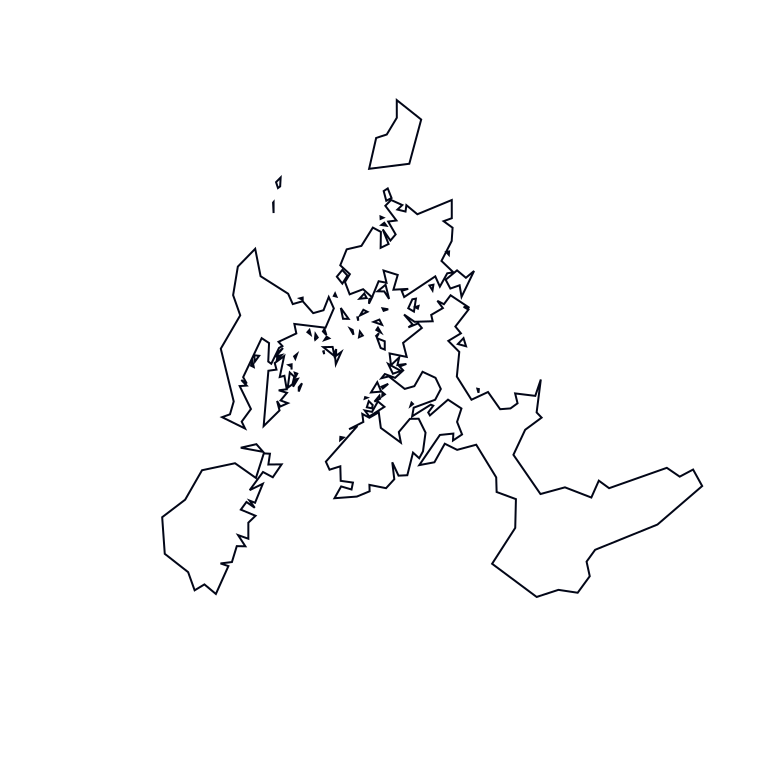 the district of Bocas del Toro, Bocas del Toro, Panama, rotated 250°
{"feature_id": "35544464B73365109430870", "entity_name": "Bocas del Toro", "entity_type": "district", "adm_level": 2, "iso_a3": "PAN", "parent_name": "Panama", "parent_adm1": "Bocas del Toro", "projection": "orthographic", "projection_center": [-82.201, 9.231], "detail": "fine", "context": "isolated", "style": "outline", "palette": "ink", "viewbox_px": 768, "rotation_deg": 250, "n_neighbors": 0, "source": "geoboundaries", "source_scale": "gbopen_adm2", "svg_char_len": 6215}
<svg xmlns="http://www.w3.org/2000/svg" viewBox="0 0 768 768"><g transform="rotate(250 384 384)"><path d="M297.1,430.2L295.4,449.9L257.9,457.5L244.0,452.9L230.7,468.6L203.9,458.1L178.1,424.1L131.7,454.6L130.9,477.5L121.6,494.6L133.0,511.6L147.8,513.6L156.0,525.7L158.4,592.9L179.3,648.1L197.9,645.2L195.8,630.2L208.5,621.1L209.1,559.9L219.7,552.8L206.4,540.0L225.0,518.7L227.1,493.4L273.2,481.4L292.7,501.0L298.5,520.6L305.1,517.7L334.6,532.9L321.1,522.1L330.3,504.0L320.2,502.9L317.8,494.5L320.6,484.5L340.9,479.0L339.3,460.8L366.1,455.0L388.4,465.7L402.5,459.2L405.3,473.6L413.6,470.7L425.0,488.8L429.3,485.2L426.4,490.3L444.6,476.9L438.5,467.6L443.9,462.6L435.2,465.3L432.8,452.0L426.3,451.2L432.0,434.0L442.4,426.6L430.3,431.2L428.9,426.3L429.3,436.8L423.7,438.7L416.1,416.0L401.7,414.6L410.8,399.7L399.3,397.0L403.8,407.4L397.2,403.1L395.2,411.9L395.1,404.6L390.2,406.7L386.0,396.5L393.1,388.2L390.3,383.6L389.5,391.1L372.3,401.8L371.6,411.8L382.3,424.4L372.2,434.5L359.9,435.7L351.7,426.7L351.6,403.8L344.0,399.4L348.6,420.9L346.8,422.9L342.1,415.8L338.8,416.4L347.4,438.8L334.5,448.4L323.4,439.7L309.9,440.1L307.3,429.5L313.7,432.2L317.0,419.1L295.7,389.4L293.2,404.6L307.1,420.7L297.1,430.2ZM334.7,130.0L299.4,119.9L274.2,135.6L254.9,135.5L257.1,146.7L244.2,154.2L266.1,175.5L271.3,169.0L268.7,180.2L282.0,190.2L278.9,198.2L291.9,195.2L285.0,203.6L300.1,209.1L304.1,218.2L314.9,206.5L320.2,214.4L311.9,220.2L320.4,217.8L316.5,222.2L331.7,236.0L330.2,221.5L342.7,240.2L334.4,247.6L343.5,260.3L347.9,247.8L357.5,253.0L359.9,247.3L339.5,231.5L360.5,216.9L365.2,183.5L343.3,157.6L334.7,130.0ZM493.2,382.2L480.0,382.4L480.2,396.8L469.6,402.4L482.4,414.1L478.3,421.0L490.8,422.4L481.8,434.2L469.4,425.1L465.1,439.3L465.5,432.5L458.8,432.7L467.6,469.0L456.4,469.8L466.4,481.3L465.2,487.4L480.0,480.1L495.2,496.5L507.4,501.9L516.6,495.7L516.6,504.4L533.7,510.6L532.1,473.4L544.4,466.2L538.7,463.2L543.3,456.3L545.9,462.4L554.5,453.6L551.0,446.2L533.4,451.6L535.2,443.5L520.6,446.1L516.6,439.1L529.7,435.7L514.0,436.2L513.1,427.4L528.0,433.1L534.8,427.0L521.5,410.0L523.3,395.0L510.5,383.5L498.9,389.5L493.2,382.2ZM419.0,236.8L408.2,228.9L408.2,220.5L389.7,238.2L397.3,237.4L406.0,250.4L431.4,247.7L429.5,254.4L436.5,251.3L431.4,255.2L438.6,254.0L468.9,284.7L461.8,290.0L444.7,282.9L441.6,285.0L453.8,297.7L454.4,301.5L459.7,299.3L461.5,318.9L471.1,320.3L456.9,348.3L472.2,362.7L484.6,361.8L474.0,352.4L474.8,341.7L489.6,335.9L490.3,325.6L501.6,324.8L527.5,304.9L555.1,309.2L544.3,286.8L519.1,272.6L497.7,272.4L473.0,242.7L419.0,236.8ZM302.4,308.7L293.6,298.4L287.5,320.0L288.1,333.8L294.2,335.8L285.4,350.3L291.0,361.1L307.6,365.0L292.9,366.3L290.3,374.7L309.6,387.8L302.2,391.7L307.4,397.6L324.1,406.4L339.5,404.7L342.4,396.4L333.8,381.5L323.1,379.8L343.8,366.0L359.2,369.4L357.3,358.7L363.3,353.4L355.4,351.6L353.5,335.7L353.6,344.6L330.9,302.8L322.1,303.5L321.6,314.8L307.8,310.2L302.0,321.1L296.0,317.4L302.4,308.7ZM617.9,460.8L591.3,443.6L582.3,483.1L619.8,509.4L646.4,493.1L629.8,487.1L617.5,471.9L617.9,460.8ZM385.6,256.5L394.9,276.8L404.6,277.7L398.3,278.9L398.9,287.1L403.9,281.2L408.9,289.8L414.1,282.9L412.3,290.8L425.8,293.2L426.2,288.4L444.4,299.7L441.1,288.5L434.3,287.9L436.0,279.9L385.6,256.5ZM460.9,477.6L451.0,479.0L450.9,488.8L439.4,486.7L459.4,507.3L455.8,497.3L465.8,491.5L460.9,477.6ZM361.6,247.2L371.1,243.5L373.1,227.6L361.6,247.2ZM365.7,356.9L358.5,359.1L362.4,376.6L369.7,372.3L361.9,363.2L365.7,356.9ZM501.0,376.4L492.6,379.2L498.4,386.7L505.4,383.8L501.0,376.4ZM476.7,419.4L473.3,409.7L470.9,415.9L462.2,417.9L476.7,419.4ZM555.4,448.8L556.2,454.7L566.5,454.4L565.4,449.7L555.4,448.8ZM439.4,339.6L426.5,347.4L419.1,345.5L428.7,354.8L426.9,348.6L433.2,351.0L428.4,347.2L436.4,348.4L439.4,339.6ZM401.4,394.8L390.6,395.9L390.5,404.4L401.4,394.8ZM380.5,368.9L377.8,378.8L388.0,378.3L380.5,368.9ZM470.2,369.4L459.3,367.8L457.3,373.0L470.2,369.4ZM413.4,292.2L415.1,297.9L421.6,302.2L427.0,299.4L413.4,292.2ZM446.9,432.7L441.8,436.9L453.3,443.2L453.9,439.6L446.9,432.7ZM613.4,357.5L610.6,351.6L604.4,351.4L605.2,354.0L613.4,357.5ZM429.3,393.2L419.0,393.2L416.1,396.5L423.9,399.3L429.3,393.2ZM374.6,375.7L370.7,369.0L371.5,375.3L374.6,375.7ZM399.9,474.4L396.3,467.1L391.4,474.0L399.9,474.4ZM446.1,401.7L445.9,395.5L440.3,402.4L446.1,401.7ZM452.3,301.4L448.9,293.0L446.6,291.2L452.3,301.4ZM373.1,363.8L368.0,359.9L365.2,364.4L368.1,366.2L373.1,363.8ZM460.8,390.0L456.6,384.9L457.5,393.1L460.8,390.0ZM475.8,396.4L472.5,390.1L470.7,397.1L475.8,396.4ZM418.6,302.4L412.5,297.6L418.3,304.8L418.6,302.4ZM382.7,388.0L382.3,380.8L380.2,381.3L382.7,388.0ZM592.4,341.8L582.4,338.7L592.8,342.5L592.4,341.8ZM412.7,307.2L410.1,302.8L406.1,301.3L412.7,307.2ZM452.8,413.5L455.6,408.5L452.9,408.7L452.8,413.5ZM446.6,293.5L443.2,291.5L446.2,297.6L446.6,293.5ZM540.5,440.2L542.6,438.0L540.3,437.3L540.5,440.2ZM447.7,371.0L440.7,372.2L445.5,373.0L447.7,371.0ZM460.4,464.4L461.0,460.4L455.4,461.6L460.4,464.4ZM531.9,440.4L535.4,439.4L534.3,436.0L531.9,440.4ZM468.8,399.2L464.6,397.3L468.9,401.8L468.8,399.2ZM454.3,344.6L449.7,346.6L456.1,346.9L454.3,344.6ZM433.4,398.7L439.1,397.6L437.4,395.3L433.4,398.7ZM441.5,379.3L436.5,376.5L436.8,380.6L441.5,379.3ZM346.8,471.4L347.6,470.1L343.4,469.8L346.8,471.4ZM455.4,271.8L449.2,270.4L453.2,276.3L455.4,271.8ZM454.4,336.7L450.1,334.6L449.1,334.5L450.4,337.6L454.4,336.7ZM357.1,403.5L354.3,401.3L355.3,404.4L357.1,403.5ZM460.3,332.4L458.9,329.8L455.6,331.9L460.3,332.4ZM485.8,369.0L483.9,367.0L482.4,369.2L485.8,369.0ZM493.0,337.1L493.3,334.1L490.9,336.4L493.0,337.1ZM448.1,346.3L445.7,343.1L445.7,348.1L448.1,346.3ZM376.6,379.8L373.1,378.1L374.0,381.3L376.6,379.8ZM434.1,303.9L434.5,300.9L431.9,302.9L429.2,302.1L434.1,303.9ZM432.5,338.0L435.4,338.6L435.4,338.1L432.5,338.0ZM486.8,487.7L483.2,489.1L486.3,490.5L486.8,487.7ZM449.9,268.2L446.7,265.3L444.5,267.4L449.9,268.2ZM423.4,306.0L425.1,304.0L421.3,303.7L423.4,306.0ZM445.5,443.1L445.6,439.6L443.3,441.6L445.5,443.1ZM455.7,381.8L452.3,381.4L455.5,382.4L455.7,381.8ZM430.9,393.6L433.5,396.6L431.9,393.1L430.9,393.6ZM378.1,361.8L376.8,360.9L376.9,363.4L378.1,361.8ZM440.7,309.0L438.1,309.3L441.9,312.5L440.7,309.0ZM347.5,327.7L349.2,324.9L346.2,323.6L347.5,327.7Z" fill="none" stroke="#020617" stroke-width="2"/></g></svg>